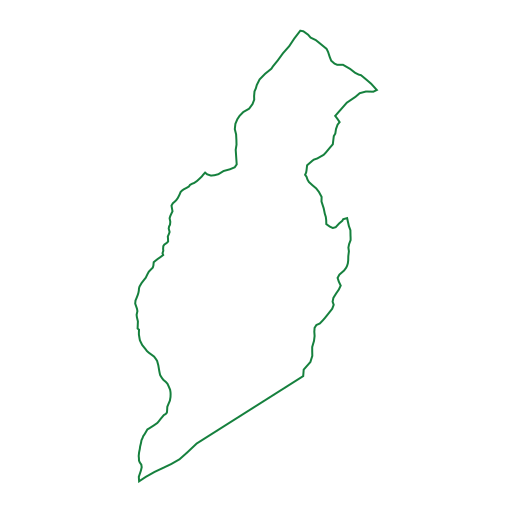 outline of Ugentse, Samchi, Bhutan
{"feature_id": "84629894B16110378208997", "entity_name": "Ugentse", "entity_type": "district", "adm_level": 2, "iso_a3": "BTN", "parent_name": "Bhutan", "parent_adm1": "Samchi", "projection": "albers", "projection_center": [89.003, 26.958], "detail": "fine", "context": "isolated", "style": "outline", "palette": "green", "viewbox_px": 512, "rotation_deg": 0, "n_neighbors": 0, "source": "geoboundaries", "source_scale": "gbopen_adm2", "svg_char_len": 3353}
<svg xmlns="http://www.w3.org/2000/svg" viewBox="0 0 512 512"><path d="M300.3,30.7L294.3,38.5L289.2,46.2L283.0,53.2L277.7,60.5L272.9,66.4L271.4,68.7L265.2,73.7L259.6,79.4L256.8,85.0L255.8,88.5L254.5,91.4L254.1,96.1L254.2,99.7L252.5,104.1L249.1,108.7L243.3,112.0L239.6,115.8L237.4,119.1L235.4,123.8L234.8,129.1L236.1,134.4L236.4,140.0L236.5,144.7L235.7,149.8L236.7,164.4L234.7,167.3L229.9,169.3L223.6,171.0L218.4,174.2L214.6,175.2L211.0,175.6L207.1,174.3L205.1,172.6L203.2,174.7L201.8,176.5L199.5,178.7L197.0,181.0L194.1,183.0L192.2,183.7L190.0,184.9L188.9,186.5L186.7,187.8L183.8,189.3L182.1,190.5L180.6,192.0L179.8,194.0L179.0,195.7L177.8,198.0L176.3,200.1L175.0,201.4L172.8,203.3L171.5,205.6L172.0,208.5L172.5,211.3L171.2,214.0L170.3,216.0L169.6,218.2L170.3,221.8L170.0,224.7L169.1,226.4L168.7,228.5L169.6,232.0L168.9,234.0L167.8,236.5L168.0,238.4L168.1,241.5L166.9,242.8L164.3,244.6L163.3,246.1L163.1,248.9L163.3,250.8L162.5,253.2L163.2,255.0L160.0,257.4L157.8,258.9L155.5,260.7L153.7,262.2L153.4,265.5L152.8,267.6L150.9,269.5L148.8,271.7L147.5,274.1L145.7,277.8L144.4,279.4L141.6,283.0L139.5,286.6L139.0,288.4L138.8,290.8L138.4,292.8L137.8,294.8L136.4,298.4L135.5,300.5L135.2,303.6L137.0,308.8L137.4,311.2L136.6,314.8L136.9,317.2L137.9,321.4L137.6,328.5L139.0,329.7L138.9,332.4L138.9,334.5L139.5,338.2L139.9,340.3L140.9,342.4L142.2,345.0L144.2,347.5L145.5,349.1L146.9,351.0L148.8,352.7L151.7,354.8L154.1,356.6L155.8,358.9L157.1,360.9L158.3,365.3L159.3,371.2L159.7,373.2L160.2,375.2L161.8,377.8L163.4,379.9L165.8,381.9L167.5,383.8L168.6,386.2L170.1,389.7L170.5,392.2L170.6,394.1L170.5,397.0L169.9,400.6L168.7,403.4L167.3,406.8L167.1,410.6L166.9,412.6L165.7,414.0L163.8,415.1L160.7,418.8L158.7,421.4L157.3,423.0L153.7,425.5L151.5,426.9L149.0,428.5L147.4,429.4L145.3,433.0L144.4,434.5L143.3,436.0L142.5,438.1L141.5,440.2L141.0,442.9L140.1,446.6L139.8,449.0L139.1,452.3L138.7,456.0L138.9,458.0L139.0,460.6L139.8,462.5L141.3,464.6L141.7,467.2L140.9,470.6L140.0,473.3L138.8,476.8L139.1,481.3L145.9,476.8L154.6,471.9L171.1,464.1L179.5,459.3L187.5,452.2L196.7,443.5L277.3,392.5L303.2,376.1L303.7,369.6L306.7,366.2L310.4,362.0L311.0,360.0L312.3,355.9L312.2,351.0L312.2,347.0L314.0,340.9L314.6,336.0L314.3,331.7L314.6,327.8L316.4,325.0L319.8,323.5L322.5,320.7L324.9,318.0L327.6,314.6L332.2,308.8L333.7,304.8L332.6,301.7L333.4,297.8L336.3,293.2L338.8,289.6L340.7,285.6L338.8,281.6L337.6,277.9L339.4,274.6L344.1,270.5L346.1,267.8L347.0,266.0L347.8,263.5L348.2,260.5L348.3,256.2L348.9,251.3L348.4,247.6L349.1,244.1L350.6,240.1L350.6,237.9L350.5,235.5L350.4,230.2L348.9,226.1L347.1,218.1L343.2,219.2L342.3,220.8L339.2,223.4L335.7,227.2L332.8,228.0L329.8,226.6L326.3,224.1L326.2,220.2L325.8,216.9L324.8,213.7L323.7,208.3L321.5,201.5L321.6,196.9L318.9,191.9L316.2,188.4L312.5,185.3L308.9,182.0L307.5,179.6L306.5,176.7L305.1,174.8L306.1,172.6L306.5,170.5L307.1,165.3L312.4,160.7L313.9,159.6L317.2,158.5L323.7,154.8L325.7,152.7L330.2,147.3L332.8,144.3L333.8,136.1L335.3,133.6L336.0,129.0L337.6,124.6L339.6,122.1L337.4,118.8L335.2,115.9L346.8,102.7L355.5,96.8L359.7,93.2L366.0,91.5L373.3,91.7L376.8,90.0L371.3,83.9L366.2,79.5L361.0,75.2L358.7,74.6L355.1,72.8L350.1,68.9L343.0,64.8L337.2,64.8L334.5,63.6L331.2,60.7L329.7,56.9L328.1,52.0L326.6,48.9L321.5,44.7L315.8,40.1L310.6,37.6L308.1,34.7L303.4,31.3L300.3,30.7Z" fill="none" stroke="#15803d" stroke-width="2"/></svg>